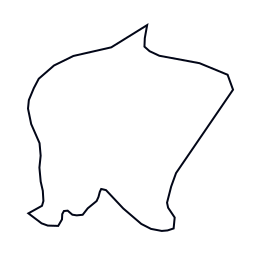 an SVG outline of Cerkno, rotated 5°
{"feature_id": "SVN-1010", "entity_name": "Cerkno", "entity_type": "Municipality", "adm_level": 1, "iso_a3": "SVN", "parent_name": "Slovenia", "parent_adm1": "", "projection": "orthographic", "projection_center": [13.959, 46.128], "detail": "fine", "context": "isolated", "style": "outline", "palette": "ink", "viewbox_px": 256, "rotation_deg": 5, "n_neighbors": 0, "source": "natural_earth", "source_scale": "10m", "svg_char_len": 748}
<svg xmlns="http://www.w3.org/2000/svg" viewBox="0 0 256 256"><g transform="rotate(5 128 128)"><path d="M229.3,80.7L179.8,168.7L176.1,182.6L173.4,199.0L174.9,203.9L182.3,213.1L182.2,224.1L176.3,226.6L170.6,227.6L159.7,226.5L149.6,222.4L130.3,208.6L111.5,191.8L106.6,191.1L105.5,194.0L104.6,199.3L103.1,203.5L94.9,211.5L90.4,218.4L84.5,219.5L80.1,219.2L75.1,215.6L71.4,216.3L70.0,219.5L70.2,224.8L67.0,231.6L56.6,232.2L50.2,230.5L36.2,221.7L49.1,213.0L50.1,208.1L48.6,198.0L45.7,189.0L43.2,175.2L43.4,163.2L41.2,150.8L31.2,132.5L26.7,117.4L26.8,108.8L30.7,96.5L34.8,86.7L48.8,72.2L67.3,61.0L104.3,49.1L138.1,23.8L136.9,37.0L137.3,45.5L142.8,49.6L152.9,53.3L193.6,57.2L222.6,66.3L229.3,80.7Z" fill="none" stroke="#020617" stroke-width="2"/></g></svg>